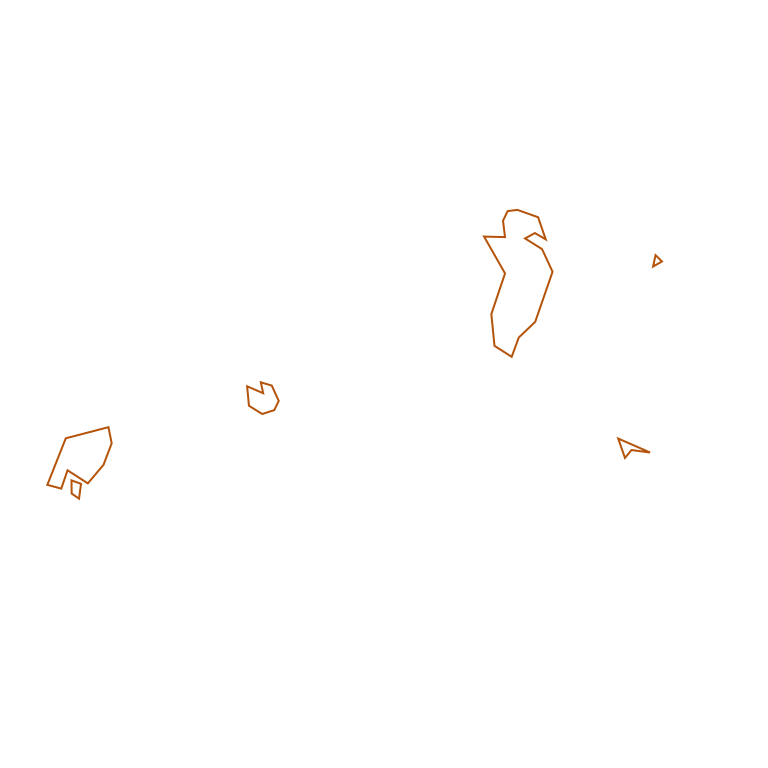 Temotu, orthographic projection, rotated 113°
{"feature_id": "SLB-1934", "entity_name": "Temotu", "entity_type": "Province", "adm_level": 1, "iso_a3": "SLB", "parent_name": "Solomon Islands", "parent_adm1": "", "projection": "orthographic", "projection_center": [166.516, -11.046], "detail": "coarse", "context": "isolated", "style": "outline", "palette": "amber", "viewbox_px": 768, "rotation_deg": 113, "n_neighbors": 0, "source": "natural_earth", "source_scale": "10m", "svg_char_len": 771}
<svg xmlns="http://www.w3.org/2000/svg" viewBox="0 0 768 768"><g transform="rotate(113 384 384)"><path d="M309.1,277.1L305.7,297.2L277.7,312.5L234.9,315.8L209.2,349.5L201.5,330.0L187.1,338.3L176.5,337.7L171.6,329.2L170.3,307.3L187.7,291.6L186.1,304.1L194.9,311.0L198.1,291.2L214.8,272.7L267.7,269.1L288.5,278.1L309.1,277.1ZM591.2,617.8L587.1,641.6L606.4,640.2L608.4,654.5L558.3,655.7L531.4,620.8L545.0,611.5L567.9,610.6L591.2,617.8ZM456.8,499.8L439.6,509.1L439.7,491.6L430.6,498.0L429.3,486.7L440.7,474.3L450.9,474.8L459.2,484.4L456.8,499.8ZM348.1,130.4L357.9,133.3L342.7,147.1L343.1,112.3L348.1,130.4ZM608.7,619.9L606.9,628.7L594.8,634.0L594.3,623.9L608.7,619.9ZM170.7,182.2L159.3,184.4L162.6,176.0L170.7,182.2Z" fill="none" stroke="#b45309" stroke-width="2"/></g></svg>